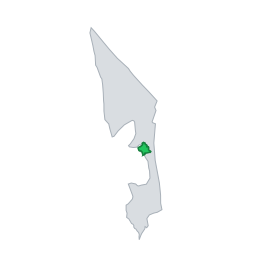 Ramla, HaMerkaz, Israel shown in context, rotated 156°
{"feature_id": "584046B58948260517771", "entity_name": "Ramla", "entity_type": "district", "adm_level": 2, "iso_a3": "ISR", "parent_name": "Israel", "parent_adm1": "HaMerkaz", "projection": "albers", "projection_center": [34.923, 31.918], "detail": "fine", "context": "in_parent", "style": "filled", "palette": "green", "viewbox_px": 256, "rotation_deg": 156, "n_neighbors": 0, "source": "geoboundaries", "source_scale": "gbopen_adm2", "svg_char_len": 3587}
<svg xmlns="http://www.w3.org/2000/svg" viewBox="0 0 256 256"><g transform="rotate(156 128 128)"><path d="M163.2,21.4L162.1,24.3L161.1,25.9L160.8,28.2L161.5,30.1L161.9,32.6L162.7,33.4L163.0,35.1L162.3,36.7L162.6,38.1L163.6,39.3L164.2,44.5L165.6,46.9L163.5,50.6L163.2,53.6L161.1,58.3L158.7,58.6L153.1,61.2L152.4,61.9L151.4,63.4L151.2,64.6L150.5,76.7L147.4,76.4L143.7,73.7L142.9,71.5L141.8,70.7L139.1,70.4L134.1,69.2L128.3,73.3L125.8,79.9L125.3,83.0L123.3,89.5L124.0,93.5L124.3,98.6L124.8,102.9L124.3,105.4L123.2,106.8L123.5,107.7L124.5,108.1L127.8,106.9L131.2,108.1L134.4,110.2L134.7,111.7L132.4,112.5L126.9,115.8L123.1,119.7L122.1,123.2L119.5,130.8L119.8,132.3L121.1,133.3L130.0,132.4L138.1,129.4L144.2,126.1L146.1,126.3L144.9,134.6L143.9,139.7L144.3,140.6L145.7,145.0L143.1,153.2L140.2,159.8L139.2,162.9L136.4,169.9L133.5,178.0L131.9,183.6L132.3,185.5L131.6,195.8L132.0,198.6L128.6,207.5L127.9,211.9L126.5,217.8L124.1,230.4L120.9,234.6L119.3,229.9L115.6,216.5L113.0,207.3L109.4,196.0L103.4,182.2L102.9,178.9L101.6,174.0L97.5,161.5L94.2,152.4L90.4,140.9L95.2,136.3L95.3,132.6L103.5,123.8L103.4,122.9L101.2,120.6L101.5,120.2L110.5,103.8L116.3,87.5L121.7,65.0L125.5,53.5L128.8,45.9L130.2,39.6L135.4,39.1L139.3,39.8L143.9,39.9L147.6,37.6L149.3,30.5L151.5,29.3L152.5,31.0L153.6,29.1L158.5,26.0L160.8,23.9L163.2,21.4Z" fill="#d9dde1" stroke="#a8b0b8" stroke-width="1"/><path d="M125.2,106.1L125.4,106.0L125.5,106.0L125.8,106.0L126.0,106.0L126.5,106.0L126.7,105.9L126.8,105.8L126.9,105.7L127.0,105.5L127.0,105.3L127.0,105.1L127.0,104.9L127.1,104.6L127.1,104.4L127.1,104.2L127.0,103.9L127.0,103.6L127.2,103.3L127.1,103.1L127.1,102.9L127.0,102.7L126.9,102.6L126.7,102.4L126.6,102.2L126.4,102.2L126.2,102.2L125.9,102.1L125.7,102.0L125.6,101.9L125.5,101.7L125.4,101.6L125.5,101.4L125.6,101.2L125.4,101.0L125.4,100.8L125.3,100.7L125.2,100.7L124.9,100.4L124.9,100.2L124.8,99.9L124.9,99.7L125.0,99.6L125.1,99.4L125.1,99.2L125.1,98.9L125.2,98.6L125.3,98.5L125.3,98.3L125.2,98.0L125.2,97.9L125.2,97.7L125.3,97.5L125.3,97.3L125.4,97.1L125.5,97.0L125.1,97.0L124.2,97.0L123.8,97.0L123.5,97.0L123.4,97.4L123.3,97.5L123.2,97.6L123.3,97.8L123.2,97.9L123.0,98.1L122.9,98.2L122.7,98.1L122.6,97.9L122.5,97.7L122.4,97.6L122.2,97.7L122.1,97.8L121.9,97.9L121.6,97.7L121.3,97.6L121.1,97.6L120.8,97.5L120.6,97.5L120.4,97.4L120.2,97.4L119.7,97.3L119.4,97.2L119.1,97.2L118.9,97.2L118.7,97.2L118.4,97.0L118.2,97.0L118.0,96.9L117.9,96.8L117.6,96.7L117.5,96.8L117.3,96.8L117.2,96.9L117.2,97.1L117.0,97.3L117.0,97.5L116.8,97.5L116.9,97.8L117.1,97.9L117.2,98.1L117.3,98.4L117.4,98.5L117.5,98.6L117.6,98.8L117.7,99.0L117.8,99.1L118.0,99.4L118.1,99.7L118.0,99.8L117.9,99.9L117.8,100.1L117.8,100.3L117.8,100.5L117.7,100.7L117.7,100.9L117.6,101.0L117.4,101.2L117.2,101.2L117.1,101.4L117.1,101.5L117.2,101.8L117.2,102.0L117.0,102.4L117.0,102.5L117.4,102.6L117.6,102.7L117.6,102.8L117.8,102.9L118.0,103.0L118.4,103.1L118.5,103.2L118.4,103.3L118.4,103.5L118.2,103.6L118.0,103.8L117.9,103.9L117.9,104.1L117.7,104.3L117.8,104.5L118.0,104.6L118.1,104.9L118.0,105.0L117.9,105.1L118.0,105.3L118.4,105.4L118.4,105.6L118.5,105.9L118.6,106.1L118.8,106.2L118.8,106.3L118.7,106.5L118.6,107.0L118.6,107.5L118.8,107.6L119.0,107.6L119.3,107.7L119.3,107.8L119.3,108.0L119.5,108.1L119.6,108.5L120.3,108.5L120.6,108.5L120.8,108.4L121.1,108.2L121.3,108.2L121.3,107.8L121.3,107.6L121.2,107.5L121.3,107.2L121.6,106.9L121.8,106.7L122.0,106.8L122.3,106.7L122.5,106.5L122.7,106.4L122.9,106.3L123.1,106.2L123.5,106.1L124.0,105.9L124.3,105.9L124.7,105.9L125.0,105.9L125.1,106.0L125.2,106.1Z" fill="#22c55e" stroke="#15803d" stroke-width="1.5"/></g></svg>